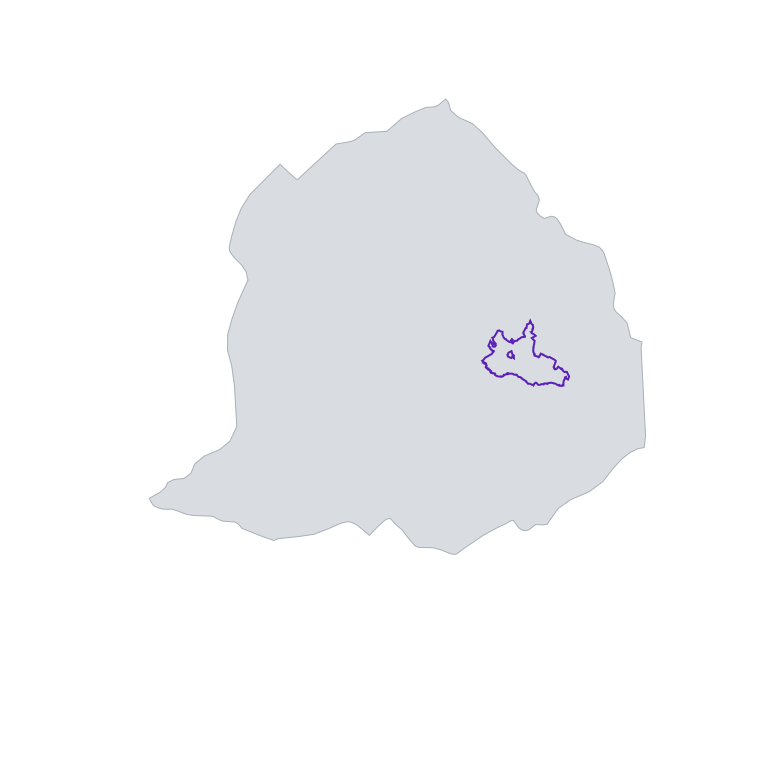 Masvingo, Masvingo, Zimbabwe (highlighted), rotated 315°
{"feature_id": "62879985B11590561680965", "entity_name": "Masvingo", "entity_type": "district", "adm_level": 2, "iso_a3": "ZWE", "parent_name": "Zimbabwe", "parent_adm1": "Masvingo", "projection": "mercator", "projection_center": [30.887, -20.31], "detail": "fine", "context": "in_parent", "style": "outline", "palette": "violet", "viewbox_px": 768, "rotation_deg": 315, "n_neighbors": 0, "source": "geoboundaries", "source_scale": "gbopen_adm2", "svg_char_len": 7909}
<svg xmlns="http://www.w3.org/2000/svg" viewBox="0 0 768 768"><g transform="rotate(315 384 384)"><path d="M523.0,612.9L517.2,608.9L509.3,606.4L499.2,605.2L486.1,605.7L470.0,607.8L452.8,605.2L434.4,597.8L419.0,595.2L400.8,598.4L400.0,598.5L396.8,596.0L391.8,590.6L383.5,589.6L381.2,588.4L379.3,586.4L378.1,583.8L377.6,581.0L379.0,572.1L378.3,571.1L376.0,570.0L371.5,569.0L360.5,565.0L346.7,561.1L324.3,556.8L315.5,555.7L313.5,554.4L311.0,551.1L306.7,541.0L302.7,534.3L293.0,524.0L291.5,520.7L292.0,512.6L292.7,505.9L293.7,500.3L293.2,495.1L293.1,488.6L293.4,484.2L292.1,482.3L288.6,481.0L278.7,480.4L266.6,480.7L266.2,474.1L265.1,463.8L262.8,458.0L260.0,454.9L254.5,451.7L243.3,447.4L228.1,440.7L215.0,430.9L200.1,418.7L195.4,416.6L189.9,405.2L181.5,385.7L182.0,379.2L180.8,376.0L172.6,366.4L170.8,361.4L169.4,356.4L156.4,342.4L152.0,336.3L148.6,328.5L145.3,322.2L142.4,319.7L138.7,315.4L136.2,310.6L135.0,307.0L136.0,302.1L137.2,298.8L149.6,302.3L156.3,302.5L161.6,300.8L168.1,303.1L175.9,309.4L184.4,310.6L193.6,306.7L206.0,307.9L221.6,314.2L234.6,315.5L250.0,309.9L263.7,294.4L276.7,279.9L289.4,263.1L297.1,249.6L308.3,238.6L323.1,230.2L338.2,223.0L361.3,214.3L365.9,207.1L367.5,199.2L367.5,188.3L368.7,181.2L371.1,178.0L374.9,175.5L379.9,172.3L395.0,164.0L407.8,158.7L423.3,155.2L440.3,155.2L456.6,155.1L465.9,155.1L466.1,165.6L466.8,177.4L468.6,178.5L480.9,178.8L500.7,179.6L519.7,180.4L531.9,189.0L535.9,190.8L548.6,193.1L564.7,207.4L584.1,208.7L597.5,213.2L609.3,218.1L616.0,224.0L620.4,225.4L626.4,225.8L629.2,226.3L628.6,230.6L624.6,237.8L625.2,248.1L630.6,262.4L631.3,274.9L629.7,296.9L629.7,318.2L630.3,325.9L631.2,330.9L632.3,333.7L632.1,336.9L628.9,345.9L626.3,355.3L626.2,359.1L625.2,361.8L623.3,364.2L614.8,368.5L613.3,371.2L613.3,376.1L614.4,380.3L617.6,381.8L621.4,384.1L623.0,387.2L623.0,390.5L621.7,396.5L618.3,406.5L621.7,418.0L625.6,425.4L630.8,434.1L633.0,439.4L632.9,443.3L632.1,447.0L624.2,462.8L618.5,472.7L611.6,483.2L602.4,489.9L600.1,493.0L599.1,496.7L599.5,504.6L599.0,512.9L591.2,525.7L596.1,536.7L595.0,537.7L592.3,539.3L581.0,551.7L569.6,564.3L561.3,573.5L551.8,584.0L541.2,595.7L532.1,605.8L523.0,612.9Z" fill="#d9dde1" stroke="#a8b0b8" stroke-width="1"/><path d="M532.1,442.7L531.1,443.1L530.2,443.8L529.2,443.8L528.6,443.6L528.2,443.5L528.1,443.4L527.6,442.9L526.9,443.2L524.3,445.2L523.7,444.6L518.5,446.3L518.4,447.0L518.2,447.3L518.2,447.6L517.9,447.8L517.9,448.3L517.7,448.6L517.6,448.9L517.5,449.6L517.5,449.9L517.1,450.3L514.3,448.2L511.7,447.8L510.9,447.3L508.6,447.5L506.7,445.8L503.8,446.4L503.6,446.1L503.8,445.8L503.7,445.1L506.3,443.5L506.2,442.7L502.6,443.4L502.2,442.1L501.7,439.7L501.9,438.2L501.4,437.7L501.5,435.5L502.1,434.5L502.7,432.6L504.2,431.6L504.7,430.8L504.0,430.1L503.9,430.1L504.0,430.1L503.5,428.7L503.3,427.6L503.0,427.6L502.8,427.4L502.6,427.2L502.4,427.2L502.0,426.7L500.7,427.2L497.4,428.1L495.2,428.6L493.3,427.9L493.2,428.8L492.8,429.3L492.4,429.7L492.3,430.2L491.8,430.6L491.5,433.6L489.9,432.1L490.2,434.2L490.6,435.7L489.0,436.1L488.0,435.4L487.6,434.8L487.8,434.2L487.6,434.0L488.4,433.3L488.6,432.1L488.9,431.6L489.2,431.6L489.3,430.2L489.6,428.8L485.7,430.6L485.4,430.7L485.1,430.6L484.9,430.7L484.8,430.9L484.8,431.1L484.6,431.4L484.9,432.6L484.9,433.0L484.4,433.3L484.4,433.7L484.3,433.9L484.1,434.1L484.0,434.6L484.2,435.0L484.0,435.3L484.0,435.5L484.1,436.0L484.3,436.1L484.1,436.5L484.0,437.3L484.1,437.5L484.8,437.8L485.0,438.1L484.9,438.2L484.5,438.4L484.5,438.6L481.2,438.9L474.0,436.9L470.6,437.3L470.0,437.1L470.0,437.5L469.8,437.6L469.6,437.8L469.7,438.0L469.8,438.1L469.7,438.4L470.0,438.7L469.7,439.0L469.3,439.1L469.7,439.7L469.4,440.1L469.7,440.3L469.9,440.2L470.0,440.3L470.0,440.6L469.7,440.7L469.7,440.9L469.9,440.9L470.3,441.4L470.7,441.3L470.7,441.5L470.4,441.8L470.4,442.0L470.1,442.5L469.8,442.7L469.8,442.9L469.8,443.3L469.7,443.4L469.4,443.2L469.1,443.8L468.9,443.9L468.7,443.9L468.2,443.8L468.0,444.1L467.8,444.2L467.9,444.8L467.7,445.4L467.7,445.5L467.8,445.5L468.3,445.4L468.0,447.0L468.7,446.8L468.9,447.1L468.3,447.7L468.4,448.2L468.4,448.8L468.8,449.1L468.8,449.5L468.8,450.3L468.0,450.2L467.7,450.7L467.6,451.0L467.8,451.2L468.0,451.4L467.6,451.9L468.1,452.7L468.5,452.8L468.5,453.4L469.0,453.6L469.1,454.0L469.9,454.9L469.9,455.0L469.7,455.0L469.1,455.6L468.9,456.1L469.2,456.8L469.1,457.5L469.6,458.2L470.0,459.3L471.1,460.6L471.9,461.1L472.0,461.4L471.8,461.6L471.9,461.9L472.0,462.0L472.9,462.1L473.2,462.3L473.4,462.6L473.5,462.7L473.8,462.6L474.1,462.7L474.3,462.7L475.1,462.2L475.4,462.5L475.4,462.9L475.5,463.0L476.2,463.0L476.9,463.2L477.7,463.9L478.0,464.2L478.4,463.8L478.6,463.5L478.9,463.5L479.1,463.6L479.5,464.2L479.3,464.9L479.3,465.1L479.7,465.3L480.1,465.4L480.5,465.7L480.8,466.2L481.5,466.8L481.9,467.4L482.2,467.7L482.4,467.9L482.4,469.1L483.4,470.4L484.3,470.9L484.4,471.0L484.4,471.5L484.2,472.0L484.2,472.7L484.0,473.3L484.0,473.8L484.1,474.1L485.3,475.6L485.4,475.8L485.2,476.3L485.6,477.4L485.4,477.7L485.3,477.9L485.7,478.9L485.7,479.2L485.6,479.6L486.1,480.7L486.3,482.0L486.5,482.5L486.5,482.9L486.0,483.5L486.1,483.8L486.1,484.3L486.2,485.0L486.0,485.7L486.2,485.9L487.0,486.6L487.6,487.5L487.7,487.8L488.0,489.0L488.5,489.9L488.6,490.7L489.0,490.6L489.3,490.3L489.7,490.0L490.0,490.0L490.4,490.2L491.1,490.1L491.9,490.5L492.3,490.4L492.4,490.6L492.4,491.0L492.6,491.4L492.5,492.1L492.5,493.0L492.7,494.0L493.5,494.7L494.2,495.0L494.6,495.3L495.2,495.5L495.8,495.9L496.0,496.1L496.2,496.7L496.6,497.2L496.9,497.2L497.5,496.9L497.8,497.0L498.4,497.6L499.2,498.5L499.6,499.6L499.8,499.6L500.1,499.3L500.5,499.3L501.6,500.0L502.5,501.0L503.0,501.1L503.7,502.1L504.0,502.6L504.2,502.8L504.4,503.6L504.7,503.8L505.4,504.9L505.6,505.4L505.8,506.9L506.6,508.6L506.8,508.4L507.2,508.3L507.3,508.4L507.3,509.0L507.1,509.2L507.0,509.3L507.4,509.5L507.4,509.9L507.7,510.2L508.0,510.8L508.3,510.9L508.5,511.2L508.7,511.3L509.1,511.0L509.6,510.9L509.8,511.2L509.7,511.4L509.9,511.6L510.0,511.8L511.1,510.6L513.1,508.9L513.7,508.8L515.7,508.0L516.8,507.3L517.6,507.7L516.5,508.6L517.3,510.9L520.2,509.6L521.4,505.9L521.9,504.8L521.7,504.5L521.3,504.0L520.6,503.6L520.2,503.4L520.0,502.9L520.0,502.4L519.9,502.0L520.1,500.9L520.2,500.4L520.6,499.7L520.6,499.3L520.2,499.5L520.0,499.4L520.0,498.9L519.8,498.6L519.9,497.9L519.8,497.5L519.8,497.1L519.5,495.6L519.5,495.0L519.3,494.9L519.1,494.9L517.5,495.3L516.8,495.3L516.3,495.2L516.0,494.9L515.4,494.6L515.6,494.0L515.6,493.8L515.2,493.5L515.3,493.3L516.1,492.6L516.1,492.4L515.9,492.1L516.2,491.8L518.1,491.0L519.8,490.3L520.2,490.1L521.3,489.6L521.6,489.3L521.8,489.1L521.8,487.9L521.6,486.9L521.1,485.5L520.8,484.0L520.5,483.3L520.2,481.9L519.9,481.7L519.0,481.5L518.8,481.3L518.4,480.0L518.3,479.8L518.4,479.4L518.2,479.2L517.8,478.0L517.5,477.0L517.2,476.4L517.2,476.1L517.4,475.9L517.1,475.4L516.8,475.2L516.8,474.5L516.4,473.4L515.6,473.6L514.1,474.0L513.5,474.2L513.3,474.6L513.1,474.6L513.0,474.4L512.7,474.5L512.2,474.4L512.2,474.2L512.4,474.1L512.3,473.7L512.1,473.5L511.7,472.5L511.3,472.0L511.3,471.5L511.0,471.1L511.2,470.8L511.2,470.6L510.8,470.4L511.1,470.1L511.0,469.7L511.3,469.7L511.6,469.5L511.5,469.0L511.7,468.8L511.8,468.7L511.9,468.3L511.8,468.0L511.9,467.6L512.3,467.0L512.5,466.9L512.6,466.7L512.7,466.4L513.1,466.2L513.1,465.9L513.3,465.8L513.7,465.4L514.7,464.5L515.1,464.1L515.3,464.1L515.3,463.9L515.5,463.7L517.7,462.4L519.3,461.2L520.3,460.5L520.7,460.2L521.0,460.1L521.0,456.0L525.3,457.2L525.3,455.5L524.4,452.5L524.6,451.3L525.2,451.8L528.2,450.4L528.0,450.0L529.8,449.3L530.1,448.6L530.4,448.2L530.6,448.0L531.1,447.4L530.8,446.0L532.1,442.7ZM494.2,449.9L497.4,450.9L495.5,454.3L495.2,454.6L495.7,454.9L495.7,455.2L495.9,455.2L496.0,455.3L496.0,455.6L495.8,455.6L494.8,456.6L494.8,456.9L494.1,457.7L493.7,455.8L492.9,456.0L493.5,455.5L492.2,455.5L491.1,452.4L491.4,451.9L491.2,451.9L491.2,451.7L491.9,450.8L492.1,451.0L492.6,450.4L494.2,449.9Z" fill="none" stroke="#5b21b6" stroke-width="2"/></g></svg>